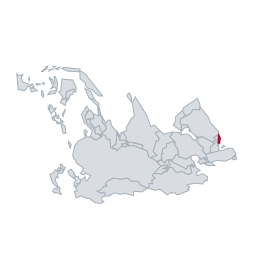 Asia, with Israel highlighted, rotated 171°
{"feature_id": "ISR", "entity_name": "Israel", "entity_type": "country or territory", "adm_level": 0, "iso_a3": "ISR", "parent_name": "Asia", "parent_adm1": "", "projection": "equal_earth", "projection_center": [35.212, 31.447], "detail": "fine", "context": "in_parent", "style": "filled", "palette": "rose", "viewbox_px": 256, "rotation_deg": 171, "n_neighbors": 45, "source": "natural_earth", "source_scale": "50m", "svg_char_len": 13149}
<svg xmlns="http://www.w3.org/2000/svg" viewBox="0 0 256 256"><g transform="rotate(171 128 128)"><path d="M118.0,65.7L116.1,67.1L116.0,70.0L112.8,69.3L112.7,72.8L109.2,74.1L111.4,77.6L110.9,79.3L101.0,77.3L100.2,79.0L96.5,78.6L93.2,82.8L90.0,81.7L88.4,78.0L86.3,76.5L81.9,76.9L75.9,72.7L72.0,73.9L72.9,81.4L69.7,79.3L67.4,80.4L67.2,78.4L63.4,74.7L67.5,73.4L67.2,70.2L61.3,71.1L57.0,67.2L58.3,63.3L59.9,64.4L62.9,61.0L70.4,63.0L78.6,62.7L78.8,61.8L76.2,60.5L78.4,58.7L77.2,57.4L77.7,56.8L88.1,54.4L90.7,54.7L91.6,56.6L95.0,56.8L95.2,57.7L99.6,55.9L106.2,62.6L111.0,62.2L118.0,65.7Z" fill="#d9dde1" stroke="#a8b0b8" stroke-width="1"/><path d="M72.9,81.4L72.0,73.9L75.9,72.7L81.9,76.9L86.3,76.5L88.4,78.0L90.0,81.7L92.6,82.8L96.3,79.5L95.7,81.0L100.1,82.3L98.4,83.9L96.5,83.7L96.3,82.2L94.3,82.6L93.4,85.1L92.0,85.0L93.6,88.0L93.0,90.2L76.8,78.5L74.7,81.4L72.9,81.4Z" fill="#d9dde1" stroke="#a8b0b8" stroke-width="1"/><path d="M230.4,183.2L229.4,198.9L228.0,197.0L223.4,197.2L225.6,194.6L224.6,189.9L217.1,185.4L215.8,186.8L214.2,183.7L217.3,182.2L214.6,182.2L211.6,179.1L217.8,178.8L218.5,183.6L220.4,185.0L224.0,181.0L230.4,183.2ZM200.7,198.4L199.5,201.4L197.7,201.6L198.8,199.3L200.7,198.4ZM217.6,193.6L217.6,191.7L218.4,190.1L218.7,191.9L217.6,193.6ZM188.7,166.8L187.7,169.0L190.9,174.7L188.7,175.0L185.6,186.6L175.0,184.0L172.8,175.9L174.0,172.0L175.6,175.0L181.5,173.9L183.0,173.4L185.0,166.4L188.7,166.8ZM206.8,185.1L211.4,184.4L212.0,186.2L206.8,185.1ZM204.9,186.1L203.7,185.6L203.3,184.6L205.2,184.5L204.9,186.1ZM206.9,171.6L208.3,174.1L207.2,179.1L206.0,174.4L206.9,171.6ZM194.3,173.7L202.1,173.4L199.3,176.3L193.0,176.3L192.8,178.1L194.3,180.3L198.7,178.4L195.4,181.5L198.0,189.8L196.4,189.7L197.3,187.7L195.1,188.0L194.4,183.2L193.1,184.0L193.1,190.3L192.0,190.6L190.4,183.7L192.4,176.5L194.3,173.7ZM193.0,201.0L189.8,200.0L191.5,199.5L193.0,201.0ZM191.7,198.2L195.5,197.3L197.2,196.5L196.8,197.8L191.7,198.2ZM188.2,196.5L190.3,197.9L185.9,198.7L188.2,196.5ZM167.3,191.2L178.9,193.7L184.2,197.1L182.1,198.0L165.9,193.5L167.3,191.2ZM162.9,178.6L167.6,184.3L166.8,191.0L164.9,191.1L161.2,187.1L148.0,163.6L151.9,164.2L157.8,171.8L161.2,173.5L163.6,176.6L162.9,178.6Z" fill="#d9dde1" stroke="#a8b0b8" stroke-width="1"/><path d="M200.8,199.6L202.5,197.3L205.0,197.2L200.8,199.6Z" fill="#d9dde1" stroke="#a8b0b8" stroke-width="1"/><path d="M42.4,96.6L39.9,99.0L42.1,95.7L42.4,96.6Z" fill="#d9dde1" stroke="#a8b0b8" stroke-width="1"/><path d="M40.6,100.6L39.6,102.9L40.0,100.3L40.6,100.6Z" fill="#d9dde1" stroke="#a8b0b8" stroke-width="1"/><path d="M40.6,100.6L46.0,98.4L46.7,101.1L43.1,102.5L44.8,104.8L41.5,107.7L39.6,107.0L40.6,100.6Z" fill="#d9dde1" stroke="#a8b0b8" stroke-width="1"/><path d="M68.3,119.0L72.5,119.3L76.2,115.6L74.4,123.1L69.1,121.9L68.3,119.0Z" fill="#d9dde1" stroke="#a8b0b8" stroke-width="1"/><path d="M66.9,117.8L66.7,116.2L67.6,114.7L68.2,116.8L66.9,117.8Z" fill="#d9dde1" stroke="#a8b0b8" stroke-width="1"/><path d="M60.4,105.8L62.5,109.2L59.3,107.9L60.4,105.8Z" fill="#d9dde1" stroke="#a8b0b8" stroke-width="1"/><path d="M46.7,101.1L46.0,98.4L49.6,96.1L50.0,91.9L52.3,89.7L55.6,90.2L57.9,93.4L56.9,97.1L60.3,100.4L62.6,106.1L56.1,107.8L46.7,101.1Z" fill="#d9dde1" stroke="#a8b0b8" stroke-width="1"/><path d="M74.7,122.6L76.5,117.4L82.8,123.5L79.6,128.3L79.5,131.4L71.6,136.8L69.5,131.2L74.7,128.9L75.6,124.2L74.7,122.6ZM76.5,114.3L75.8,114.8L76.2,114.1L76.5,114.3Z" fill="#d9dde1" stroke="#a8b0b8" stroke-width="1"/><path d="M160.0,147.4L160.3,142.6L165.8,143.4L166.4,141.7L168.7,144.2L168.7,147.1L165.9,148.9L166.8,150.4L162.0,151.2L160.0,147.4Z" fill="#d9dde1" stroke="#a8b0b8" stroke-width="1"/><path d="M164.2,142.5L160.3,142.6L160.0,147.4L155.3,144.5L154.6,154.5L160.2,161.8L158.5,163.1L152.8,156.7L154.8,148.1L151.6,140.4L152.5,137.9L149.2,132.6L150.4,129.6L153.4,127.9L155.7,130.2L156.0,134.8L159.5,132.9L162.4,135.0L164.5,139.4L164.2,142.5Z" fill="#d9dde1" stroke="#a8b0b8" stroke-width="1"/><path d="M168.1,142.6L164.2,142.5L164.5,139.4L160.8,133.0L156.0,134.8L155.7,130.2L153.4,127.9L156.0,126.1L155.4,123.5L158.6,127.1L160.8,127.1L161.8,129.2L160.4,130.6L167.5,138.6L168.1,142.6Z" fill="#d9dde1" stroke="#a8b0b8" stroke-width="1"/><path d="M153.4,127.9L150.4,129.6L149.2,132.6L152.5,137.9L151.6,140.4L154.8,148.1L153.3,152.8L152.6,145.2L149.3,136.1L146.4,139.0L144.2,138.3L143.9,133.1L139.4,125.4L142.4,113.7L145.6,112.5L145.5,109.8L148.1,111.5L147.7,119.8L149.5,119.4L151.4,122.0L151.2,123.9L154.7,124.6L153.4,127.9Z" fill="#d9dde1" stroke="#a8b0b8" stroke-width="1"/><path d="M163.5,151.5L166.8,150.4L165.9,148.9L168.7,147.1L168.1,140.2L160.4,130.6L161.8,129.2L160.8,127.1L158.6,127.1L156.2,123.1L161.3,121.1L166.8,125.3L163.5,131.1L170.4,140.1L171.9,148.7L165.3,156.1L163.5,151.5Z" fill="#d9dde1" stroke="#a8b0b8" stroke-width="1"/><path d="M190.0,79.2L190.0,82.3L187.6,84.7L189.9,87.6L184.5,88.2L184.5,85.4L182.2,84.3L182.9,83.0L184.6,80.4L187.0,81.1L186.3,80.0L188.4,78.0L190.0,79.2Z" fill="#d9dde1" stroke="#a8b0b8" stroke-width="1"/><path d="M187.2,88.9L189.9,87.1L193.3,91.0L194.2,94.7L190.5,96.2L188.0,91.1L189.0,90.7L187.2,88.9Z" fill="#d9dde1" stroke="#a8b0b8" stroke-width="1"/><path d="M118.5,65.5L124.2,62.7L132.4,64.7L133.0,60.4L141.7,64.0L146.3,63.7L149.5,65.5L152.9,65.8L157.4,63.7L161.1,64.4L161.8,68.5L165.0,67.9L168.6,69.9L161.0,74.3L158.2,73.7L158.0,75.0L159.3,76.4L157.8,78.2L150.2,80.8L143.0,78.6L135.9,78.5L133.3,75.4L125.9,73.3L124.9,70.2L118.5,65.5Z" fill="#d9dde1" stroke="#a8b0b8" stroke-width="1"/><path d="M145.5,109.8L145.6,112.5L142.4,113.7L139.9,124.1L138.4,120.4L137.9,121.9L136.8,120.7L138.3,117.3L134.0,116.7L131.3,114.0L130.9,115.5L132.3,116.7L131.1,118.4L132.3,119.0L133.4,124.9L130.1,125.4L129.7,128.5L123.0,137.0L119.8,138.6L119.8,151.8L115.9,157.6L107.8,138.4L105.2,125.7L101.5,126.8L97.0,120.3L101.8,118.8L98.6,112.8L100.2,110.4L102.2,110.6L106.8,100.8L103.6,96.3L108.6,95.6L109.9,93.8L112.1,96.3L112.8,102.5L117.3,105.5L116.0,108.6L122.0,111.9L130.4,114.0L130.9,110.2L131.5,112.5L133.2,113.3L137.0,113.1L136.1,110.9L142.9,107.1L143.6,109.5L145.5,109.8Z" fill="#d9dde1" stroke="#a8b0b8" stroke-width="1"/><path d="M138.4,120.4L139.8,127.3L137.5,122.4L135.8,122.3L135.8,124.6L133.5,124.1L131.1,118.4L132.3,116.7L130.9,115.5L131.3,114.0L134.0,116.7L138.3,117.3L136.8,120.7L137.9,121.9L138.4,120.4Z" fill="#d9dde1" stroke="#a8b0b8" stroke-width="1"/><path d="M136.1,110.9L137.0,113.1L131.5,112.5L133.0,109.7L136.1,110.9Z" fill="#d9dde1" stroke="#a8b0b8" stroke-width="1"/><path d="M130.0,110.7L130.4,114.0L129.0,114.1L116.0,108.6L117.9,105.0L126.0,110.0L130.0,110.7Z" fill="#d9dde1" stroke="#a8b0b8" stroke-width="1"/><path d="M109.9,93.8L108.6,95.6L103.6,96.3L106.8,100.8L102.2,110.6L100.2,110.4L98.6,112.8L101.8,118.8L97.0,120.3L93.6,116.3L85.2,117.1L85.7,114.4L88.1,113.2L83.3,106.3L86.2,107.4L92.5,106.2L93.2,103.0L97.0,101.7L99.7,91.6L104.9,90.2L107.1,92.9L109.9,93.8Z" fill="#d9dde1" stroke="#a8b0b8" stroke-width="1"/><path d="M88.0,90.3L95.2,90.2L97.4,87.3L99.7,91.1L101.7,89.5L104.9,90.2L98.9,92.5L99.8,94.5L99.0,97.1L97.4,97.0L98.2,98.4L97.0,101.7L93.2,103.0L92.5,106.2L86.2,107.4L83.3,106.3L84.7,104.3L82.1,99.3L82.6,93.4L85.6,94.0L88.0,90.3Z" fill="#d9dde1" stroke="#a8b0b8" stroke-width="1"/><path d="M93.0,90.2L93.6,88.0L92.0,85.0L96.3,82.2L97.1,83.6L94.9,85.2L101.7,85.4L104.5,89.6L99.7,91.1L97.4,87.3L95.2,90.2L93.0,90.2Z" fill="#d9dde1" stroke="#a8b0b8" stroke-width="1"/><path d="M96.3,79.5L100.2,79.0L101.0,77.3L110.9,79.3L101.7,85.4L94.9,85.2L94.8,83.9L100.1,82.3L95.7,81.0L96.3,79.5Z" fill="#d9dde1" stroke="#a8b0b8" stroke-width="1"/><path d="M67.4,80.4L69.7,79.3L72.1,81.5L74.7,81.4L76.8,78.5L90.7,88.4L90.8,89.7L89.5,89.1L84.4,94.3L82.6,93.4L82.3,91.6L75.8,88.3L70.4,90.1L70.1,86.4L68.0,84.1L68.2,82.3L71.0,82.2L69.2,79.7L68.0,81.8L67.4,80.4Z" fill="#d9dde1" stroke="#a8b0b8" stroke-width="1"/><path d="M62.6,106.1L60.3,100.4L56.9,97.1L57.9,93.4L54.6,88.4L54.3,85.4L57.7,86.8L60.6,85.0L62.7,89.3L65.5,90.8L70.3,90.6L74.6,88.1L82.3,91.6L82.1,99.3L84.7,104.3L83.3,106.3L88.1,113.2L85.7,114.4L85.2,117.1L78.1,115.6L77.2,112.8L71.3,113.1L67.8,110.7L65.2,105.6L62.6,106.1Z" fill="#d9dde1" stroke="#a8b0b8" stroke-width="1"/><path d="M40.9,99.9L42.4,96.6L41.2,94.0L42.6,90.9L51.7,90.0L50.0,91.9L49.6,96.1L42.8,100.7L40.9,99.9Z" fill="#d9dde1" stroke="#a8b0b8" stroke-width="1"/><path d="M58.2,86.7L53.5,83.6L53.3,81.9L56.5,82.5L58.2,86.7Z" fill="#d9dde1" stroke="#a8b0b8" stroke-width="1"/><path d="M55.6,90.2L42.6,90.9L41.6,93.1L41.6,91.3L39.3,91.0L31.1,92.4L27.8,91.3L25.6,85.3L30.6,81.6L37.4,80.0L45.1,82.2L51.8,80.9L55.4,84.8L54.3,85.4L55.6,90.2ZM25.7,80.4L28.7,80.0L30.2,81.4L26.0,83.8L25.7,80.4Z" fill="#d9dde1" stroke="#a8b0b8" stroke-width="1"/><path d="M123.6,158.7L123.4,161.2L121.1,162.4L119.8,157.0L120.4,153.1L123.6,158.7Z" fill="#d9dde1" stroke="#a8b0b8" stroke-width="1"/><path d="M170.5,133.1L168.6,130.4L172.1,128.7L171.9,132.0L170.5,133.1ZM101.7,85.4L111.4,77.6L109.2,74.1L112.7,72.8L112.8,69.3L116.0,70.0L116.1,67.1L118.5,65.5L124.9,70.2L125.9,73.3L133.3,75.4L135.9,78.5L143.0,78.6L150.2,80.8L156.3,78.9L159.3,76.4L158.0,75.0L158.2,73.7L161.0,74.3L165.3,70.6L168.7,70.6L165.0,67.9L161.0,67.7L161.1,64.4L164.8,63.9L165.0,60.5L163.3,59.1L165.6,57.8L171.7,59.0L177.6,64.6L180.5,65.2L184.8,68.4L190.1,67.1L190.9,73.6L187.9,74.0L190.0,79.2L188.4,78.0L186.3,80.0L187.0,81.1L184.6,80.4L182.2,84.3L177.9,86.5L178.4,83.3L177.1,82.2L172.4,86.8L177.2,90.2L178.4,88.7L181.2,89.5L181.9,90.7L178.0,95.0L184.9,102.1L184.5,104.4L186.5,106.3L186.8,109.9L183.7,118.3L179.8,122.4L171.6,125.6L171.4,128.1L170.5,128.2L170.0,125.6L164.9,124.7L164.0,122.4L161.3,121.1L155.4,123.5L156.0,126.1L151.2,123.9L151.4,122.0L149.5,119.4L147.7,119.8L148.1,111.5L146.4,109.7L143.6,109.5L142.9,107.1L137.4,110.7L133.0,109.7L131.4,112.0L130.9,110.2L126.0,110.0L112.8,102.5L112.1,96.3L107.1,92.9L101.7,85.4Z" fill="#d9dde1" stroke="#a8b0b8" stroke-width="1"/><path d="M188.2,116.6L189.0,122.4L188.7,124.3L186.8,120.6L188.2,116.6Z" fill="#d9dde1" stroke="#a8b0b8" stroke-width="1"/><path d="M57.7,80.3L60.0,81.8L61.2,80.4L64.3,83.6L63.0,83.8L62.1,87.7L60.6,85.0L58.2,86.7L56.7,84.4L55.5,81.6L58.0,81.9L57.7,80.3ZM57.7,86.8L56.5,86.5L55.4,84.8L56.9,85.3L57.7,86.8Z" fill="#d9dde1" stroke="#a8b0b8" stroke-width="1"/><path d="M47.5,77.1L56.2,79.0L58.2,81.7L50.1,81.0L49.9,78.7L47.5,77.1Z" fill="#d9dde1" stroke="#a8b0b8" stroke-width="1"/><path d="M193.3,147.4L191.2,144.4L193.5,145.3L193.3,147.4ZM197.1,155.0L196.6,150.6L197.5,152.0L198.6,149.7L197.1,155.0ZM201.3,153.3L203.8,159.5L203.4,161.7L202.5,159.2L201.8,160.4L202.0,163.3L199.8,161.9L198.5,157.9L195.6,159.5L198.1,155.8L201.6,155.1L201.3,153.3ZM190.9,151.4L186.8,156.6L190.4,149.4L190.9,151.4ZM193.1,133.1L193.5,142.3L197.6,143.6L198.2,146.6L195.8,144.2L191.7,143.4L192.1,141.8L189.9,139.8L190.2,132.4L193.1,133.1ZM195.0,151.6L194.5,148.1L196.8,148.9L195.0,151.6ZM200.8,147.5L201.6,150.2L200.2,149.5L200.1,152.4L198.5,146.5L200.8,147.5Z" fill="#d9dde1" stroke="#a8b0b8" stroke-width="1"/><path d="M156.5,161.2L161.7,163.5L164.3,173.7L159.1,170.2L156.5,161.2ZM188.7,166.8L185.0,166.4L183.0,173.4L175.6,175.0L174.4,173.6L174.0,172.0L176.8,172.4L177.1,170.3L180.0,169.3L182.0,165.9L184.1,166.4L186.3,160.1L190.9,163.8L188.7,166.8Z" fill="#d9dde1" stroke="#a8b0b8" stroke-width="1"/><path d="M184.2,163.7L184.1,166.4L182.9,167.2L182.0,165.9L184.2,163.7Z" fill="#d9dde1" stroke="#a8b0b8" stroke-width="1"/><path d="M211.1,85.9L212.5,94.5L208.0,95.7L206.6,98.2L204.4,95.7L198.3,97.3L200.6,98.9L200.8,102.7L198.9,102.7L198.7,100.7L196.2,98.6L199.7,93.9L204.6,93.7L204.7,89.9L206.2,90.9L208.1,87.9L206.5,81.7L207.9,81.3L211.1,85.9ZM210.1,76.0L210.7,75.1L212.4,77.4L210.1,80.0L206.9,78.6L207.2,80.9L205.5,80.9L204.2,78.8L205.7,77.2L204.1,72.8L210.1,76.0ZM200.9,98.2L202.7,96.2L204.6,97.5L202.6,99.9L200.9,98.2Z" fill="#d9dde1" stroke="#a8b0b8" stroke-width="1"/><path d="M69.5,131.2L71.6,136.8L70.1,139.3L54.8,146.4L53.2,140.2L54.5,134.6L60.9,136.1L64.5,132.1L69.5,131.2Z" fill="#d9dde1" stroke="#a8b0b8" stroke-width="1"/><path d="M39.7,107.3L43.9,105.9L44.8,104.8L43.1,102.5L46.7,101.1L56.1,107.8L60.8,108.1L65.6,113.4L69.1,121.9L74.7,122.6L75.6,124.2L74.7,128.9L64.5,132.1L60.9,136.1L54.5,134.6L53.4,137.5L46.9,125.9L45.8,120.3L39.1,110.3L39.7,107.3Z" fill="#d9dde1" stroke="#a8b0b8" stroke-width="1"/><path d="M39.0,93.4L36.4,95.8L35.2,94.6L39.0,93.4Z" fill="#d9dde1" stroke="#a8b0b8" stroke-width="1"/><path d="M41.1,98.3L41.0,98.5L41.1,98.8L41.1,99.0L41.2,99.3L41.1,99.5L41.0,99.8L40.8,99.9L40.7,100.0L40.7,100.6L40.4,100.4L40.2,100.3L39.8,100.4L39.8,100.7L39.7,100.8L39.7,101.1L39.7,101.5L39.7,101.8L39.8,101.8L40.1,101.9L40.1,102.0L39.8,102.2L39.7,102.3L39.6,102.5L39.5,102.8L39.9,102.8L40.2,102.7L40.4,102.6L40.5,102.6L40.4,102.9L40.4,103.2L40.5,103.4L40.4,103.7L40.3,104.0L40.2,104.1L40.1,104.4L40.0,104.7L40.0,105.0L40.0,105.5L39.8,106.0L39.8,106.4L39.7,106.9L39.6,107.1L39.5,106.9L39.4,106.3L39.3,105.9L39.2,105.5L38.9,104.9L38.9,104.6L38.7,104.0L38.6,103.7L38.5,103.2L38.6,102.9L38.9,102.5L38.9,102.4L39.2,101.7L39.4,101.0L39.6,100.1L39.7,99.6L39.9,99.3L39.9,99.0L40.1,99.0L40.4,99.1L40.6,99.0L40.6,98.7L40.8,98.6L41.0,98.5L41.0,98.4L41.1,98.3Z" fill="#f43f5e" stroke="#9f1239" stroke-width="1.5"/></g></svg>